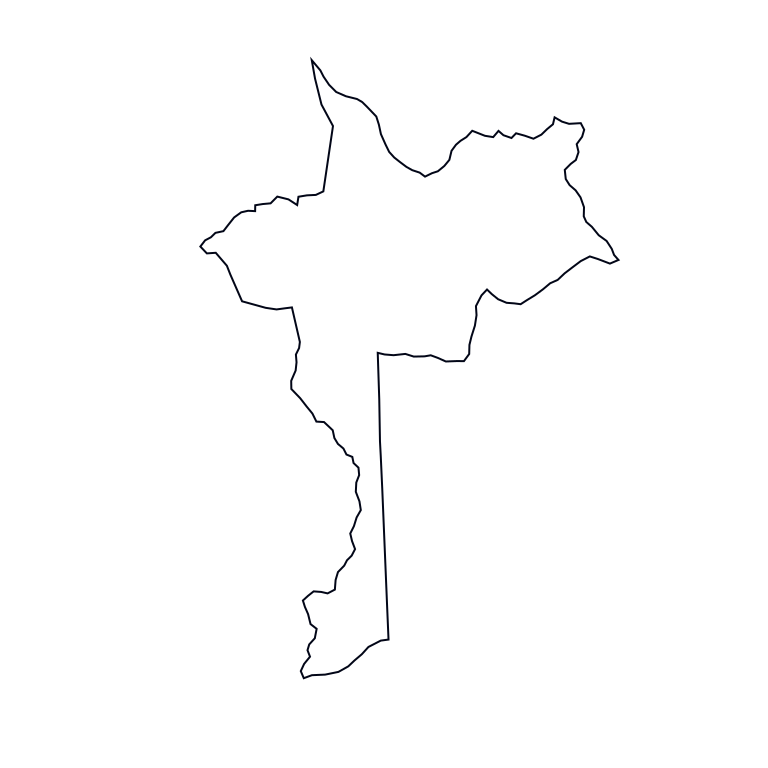 Goianira, Goiás, Brazil (orthographic projection), rotated 281°
{"feature_id": "56859067B49274736539809", "entity_name": "Goianira", "entity_type": "district", "adm_level": 2, "iso_a3": "BRA", "parent_name": "Brazil", "parent_adm1": "Goiás", "projection": "orthographic", "projection_center": [-49.441, -16.501], "detail": "fine", "context": "isolated", "style": "outline", "palette": "ink", "viewbox_px": 768, "rotation_deg": 281, "n_neighbors": 0, "source": "geoboundaries", "source_scale": "gbopen_adm2", "svg_char_len": 2548}
<svg xmlns="http://www.w3.org/2000/svg" viewBox="0 0 768 768"><g transform="rotate(281 384 384)"><path d="M483.9,177.5L478.4,185.2L480.7,193.8L470.1,207.2L462.1,212.3L438.1,228.9L436.2,253.3L436.7,264.3L439.6,272.9L441.6,279.0L409.2,293.4L403.1,293.8L396.1,291.9L388.6,294.0L380.4,294.7L369.4,292.3L361.4,294.0L357.9,299.0L354.1,304.4L347.1,312.4L341.3,319.4L334.2,324.8L335.2,332.4L328.8,342.5L321.5,345.6L316.4,350.2L312.9,356.5L307.6,360.6L306.4,366.8L300.6,369.2L297.0,374.9L289.8,377.0L282.0,375.6L272.8,376.9L264.1,382.3L255.8,385.3L247.8,382.6L238.7,381.6L230.8,379.4L223.7,382.6L216.4,387.1L209.3,385.0L203.9,381.3L198.1,379.6L190.6,374.7L182.4,373.9L172.8,375.0L167.7,368.6L167.9,362.0L167.0,354.5L161.5,349.8L156.0,345.7L150.1,348.9L143.6,353.4L134.3,357.7L130.8,364.6L121.2,364.6L114.1,360.3L108.1,359.7L102.2,363.4L94.0,359.0L86.3,357.1L79.9,361.4L84.4,368.8L87.5,381.7L92.7,394.2L100.0,402.8L107.0,407.8L114.5,413.8L122.9,418.9L131.5,429.8L134.0,437.2L166.7,429.4L280.7,402.3L312.5,394.6L326.9,391.0L367.9,382.3L413.4,371.9L413.1,378.9L414.1,387.9L417.6,399.2L416.6,408.0L418.9,418.6L421.1,424.4L419.9,431.8L417.9,440.4L420.4,451.1L421.7,458.1L429.7,461.9L438.7,460.4L447.3,460.8L458.6,462.1L469.2,461.7L478.0,459.4L489.6,462.8L496.4,467.1L492.9,472.5L489.0,479.8L487.1,488.8L488.0,496.5L488.4,502.9L493.5,508.2L499.9,515.2L507.2,521.9L514.6,527.9L519.3,534.6L527.1,540.2L534.1,546.4L542.2,553.7L548.5,561.7L547.5,570.1L545.3,582.8L550.5,590.5L554.6,585.2L560.1,581.8L566.9,575.2L571.0,566.4L578.0,558.0L581.6,551.7L586.7,548.1L595.7,546.6L604.7,541.3L610.7,535.1L614.6,528.3L619.9,523.3L628.7,520.6L635.7,525.3L640.5,529.6L648.8,530.7L656.2,527.4L664.5,531.3L671.8,532.0L677.6,527.4L674.7,516.0L675.5,508.7L678.3,500.6L671.2,500.3L665.5,495.6L658.8,490.9L653.3,483.9L654.6,474.8L655.3,465.8L649.8,462.2L651.0,453.8L654.3,448.1L647.2,444.1L646.9,435.7L649.4,422.3L642.1,417.8L637.3,412.7L632.6,409.0L625.8,405.8L616.5,405.4L609.5,401.6L603.1,396.3L600.1,390.9L595.4,384.7L598.3,378.7L599.3,370.9L601.4,364.6L605.0,357.2L608.3,350.8L612.8,344.8L619.4,339.8L628.7,333.3L637.6,329.5L645.1,325.4L653.1,314.1L656.6,308.8L658.6,303.1L659.2,291.7L661.5,281.4L667.2,273.0L674.2,266.0L679.7,261.7L688.1,251.3L670.7,258.0L646.4,269.3L627.5,284.7L561.5,287.7L556.6,281.0L554.5,272.4L551.5,264.3L543.1,264.6L547.0,255.0L547.6,243.5L539.7,238.2L537.5,230.6L534.9,223.5L529.1,224.5L528.1,217.5L525.3,211.1L518.9,205.1L509.8,200.4L503.4,197.2L500.2,189.7L495.0,186.1L490.9,181.0L483.9,177.5Z" fill="none" stroke="#020617" stroke-width="2"/></g></svg>